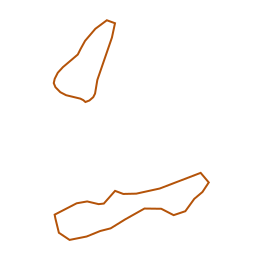 the border of Dili, rotated 357°
{"feature_id": "TLS-541", "entity_name": "Dili", "entity_type": "District", "adm_level": 1, "iso_a3": "TLS", "parent_name": "East Timor", "parent_adm1": "", "projection": "orthographic", "projection_center": [125.612, -8.381], "detail": "fine", "context": "isolated", "style": "outline", "palette": "amber", "viewbox_px": 256, "rotation_deg": 357, "n_neighbors": 0, "source": "natural_earth", "source_scale": "10m", "svg_char_len": 703}
<svg xmlns="http://www.w3.org/2000/svg" viewBox="0 0 256 256"><g transform="rotate(357 128 128)"><path d="M50.2,210.7L72.8,200.5L83.4,199.2L94.7,202.5L99.9,202.2L111.8,190.1L119.8,193.6L132.8,194.0L156.5,190.1L198.2,176.6L205.8,186.6L199.0,195.8L190.5,202.2L180.9,214.1L169.8,217.2L169.0,217.4L157.0,210.4L140.2,209.3L120.2,219.2L105.4,227.3L94.9,229.4L81.0,234.2L63.8,236.7L59.8,233.7L53.5,229.0L50.8,214.8L50.2,210.7ZM84.9,46.4L89.7,38.7L100.6,27.2L112.5,19.3L120.5,22.7L116.7,36.8L99.9,78.4L96.9,91.9L94.9,95.4L90.9,98.5L86.8,99.8L84.9,97.9L82.0,96.2L67.9,92.0L62.3,88.7L57.7,83.5L56.2,79.3L57.4,75.0L60.8,69.1L66.2,63.8L81.7,52.0L84.9,46.4Z" fill="none" stroke="#b45309" stroke-width="2"/></g></svg>